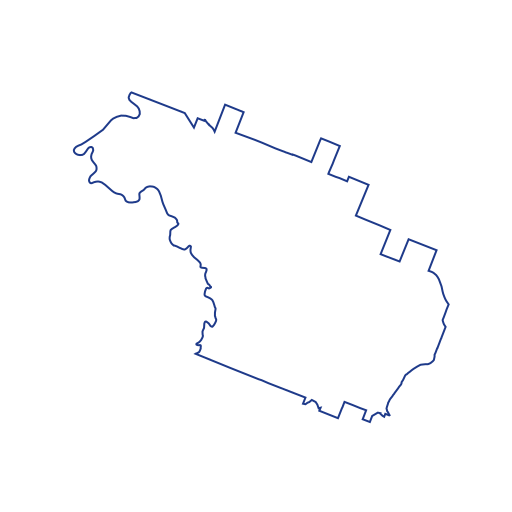 the district of Maitland, New South Wales, Australia, rotated 192°
{"feature_id": "25037944B62637049608158", "entity_name": "Maitland", "entity_type": "district", "adm_level": 2, "iso_a3": "AUS", "parent_name": "Australia", "parent_adm1": "New South Wales", "projection": "robinson", "projection_center": [151.583, -32.708], "detail": "fine", "context": "isolated", "style": "outline", "palette": "blue", "viewbox_px": 512, "rotation_deg": 192, "n_neighbors": 0, "source": "geoboundaries", "source_scale": "gbopen_adm2", "svg_char_len": 6013}
<svg xmlns="http://www.w3.org/2000/svg" viewBox="0 0 512 512"><g transform="rotate(192 256 256)"><path d="M298.0,394.1L317.7,397.6L322.3,369.0L323.5,370.6L324.5,371.6L325.3,372.3L328.3,374.0L329.3,374.8L329.4,374.6L332.9,377.3L334.0,378.5L334.4,378.5L334.6,378.5L334.8,377.5L341.7,378.6L343.4,368.7L355.4,381.0L372.0,383.7L411.8,390.1L412.5,389.3L413.2,387.3L413.5,384.9L413.4,384.2L412.3,382.4L410.1,380.9L406.7,379.3L403.3,377.6L401.3,375.8L399.9,373.4L399.2,370.7L399.9,368.1L401.6,366.1L402.4,366.0L404.5,365.3L407.8,365.8L412.4,366.1L417.1,365.3L421.1,363.2L424.3,360.7L426.0,358.6L429.7,351.8L431.9,347.7L439.2,339.7L446.4,332.2L450.0,328.8L452.7,327.0L454.6,325.4L455.8,323.5L456.2,321.7L455.7,320.4L455.3,319.8L454.3,319.0L452.8,318.3L451.2,318.0L449.2,318.1L446.9,318.8L445.4,320.1L444.1,322.7L442.7,326.1L442.0,327.2L441.1,327.9L440.1,328.3L439.4,328.4L438.2,327.8L437.6,326.7L437.2,325.4L437.4,323.9L438.0,321.5L438.0,319.2L437.5,317.4L436.5,315.7L434.5,313.9L432.5,312.3L431.2,311.1L430.6,310.0L430.2,308.7L430.1,308.1L430.0,307.4L430.1,306.4L430.3,305.7L430.6,305.1L431.5,303.7L433.0,301.6L433.6,300.9L434.5,299.5L434.9,297.9L435.1,296.7L435.1,295.9L435.1,295.5L434.9,294.8L434.4,293.9L433.3,293.0L432.6,292.9L431.8,293.1L429.5,294.7L428.9,294.9L428.2,295.3L426.8,295.8L425.6,296.1L424.4,296.1L422.2,295.9L418.2,294.2L410.2,289.7L408.2,288.8L405.9,288.2L404.5,288.1L401.2,288.2L399.5,287.7L398.2,287.0L396.9,285.9L396.2,284.8L395.4,283.6L395.0,283.0L393.8,282.4L393.0,282.2L391.5,282.0L389.1,282.4L387.6,282.8L386.5,283.3L385.1,283.7L383.6,284.6L383.1,284.9L382.7,285.3L382.1,286.3L381.8,287.1L381.8,287.7L382.1,289.3L383.0,292.3L383.0,292.8L383.0,293.2L382.6,294.0L381.7,295.2L379.7,297.1L379.0,298.2L378.5,299.1L378.2,299.7L376.7,301.0L374.8,301.9L374.1,302.1L371.8,302.4L370.3,302.4L369.2,302.1L368.6,301.9L366.7,301.1L365.8,300.5L364.8,299.6L364.1,298.8L362.6,296.6L361.6,295.1L358.8,289.6L357.4,287.3L353.9,282.4L351.8,279.3L350.6,278.2L349.6,277.7L348.3,277.5L347.1,277.4L344.9,277.0L343.5,276.7L342.9,276.4L341.4,275.3L341.0,274.9L340.6,274.4L340.4,273.8L340.1,272.9L340.0,272.5L339.3,271.9L338.8,271.7L338.7,271.6L338.6,271.2L339.0,270.0L339.2,269.6L341.0,267.6L341.9,266.9L344.0,264.9L344.2,264.5L344.5,264.2L344.8,263.8L344.9,263.3L344.9,262.2L344.4,259.3L344.3,258.2L344.4,256.9L344.2,255.6L344.0,254.7L343.7,254.0L342.8,252.6L342.1,251.7L341.4,250.9L340.6,250.3L339.8,249.8L338.7,249.2L338.4,249.1L338.0,249.3L335.3,248.9L332.4,248.1L331.1,247.9L329.6,247.5L327.7,247.4L327.2,247.5L326.7,247.8L325.5,249.0L324.4,250.7L324.0,251.4L323.6,251.9L323.2,252.2L323.0,252.3L322.4,252.2L321.9,251.9L321.7,251.8L321.6,251.5L321.4,248.6L321.2,247.6L320.7,246.1L320.1,245.2L318.8,243.8L316.3,241.9L312.6,240.0L311.0,239.0L309.4,237.9L309.0,237.4L308.4,236.4L308.3,235.9L308.2,235.5L308.2,234.3L307.9,233.6L307.2,233.3L306.3,233.3L303.6,233.6L303.1,233.6L302.7,233.6L302.4,233.4L301.9,233.2L301.7,233.0L301.5,232.4L301.4,231.7L301.6,229.9L301.9,228.5L301.9,227.7L301.8,226.7L301.5,225.6L301.1,224.9L300.7,223.6L298.9,221.0L297.3,218.8L295.9,218.2L295.5,217.9L294.7,217.0L293.8,216.5L293.6,216.4L293.5,216.0L293.7,215.7L294.8,214.7L295.3,214.5L295.6,214.6L296.9,214.8L297.2,214.7L297.5,214.5L298.0,213.9L298.2,212.8L298.5,210.7L298.4,208.2L298.3,207.6L298.1,207.1L297.7,206.6L296.8,206.1L294.1,205.6L292.7,205.2L291.9,205.0L290.2,204.2L289.5,203.7L288.2,202.1L286.4,199.0L285.7,197.6L285.2,197.0L284.7,196.4L284.5,195.2L284.4,192.2L283.7,188.8L283.1,187.9L282.8,187.1L281.9,185.9L281.7,185.5L281.6,184.6L281.6,184.1L282.0,182.2L282.7,180.0L283.4,178.7L283.8,178.0L284.1,177.7L284.4,177.7L285.1,177.8L285.9,178.1L286.4,178.5L287.1,179.2L288.3,180.3L290.9,181.5L291.3,181.5L291.7,181.4L292.1,181.1L292.3,180.6L292.4,180.1L292.5,179.1L291.9,175.2L291.9,174.5L292.5,172.1L292.6,170.8L292.5,170.4L291.8,167.8L291.4,167.1L291.3,166.5L291.4,165.3L291.6,164.5L292.2,162.4L293.4,160.3L294.2,159.4L295.9,157.9L296.0,157.4L295.9,157.1L295.7,156.9L294.5,156.7L293.7,156.8L292.3,157.2L291.9,157.2L291.6,157.1L291.2,156.4L291.2,155.4L290.9,154.4L290.9,153.6L291.2,151.8L291.6,150.4L291.8,150.2L292.0,149.9L293.7,148.5L294.0,148.3L294.6,148.0L294.8,147.8L258.1,141.2L227.7,136.0L224.8,135.7L217.5,134.2L178.2,127.8L179.3,121.3L176.8,121.3L175.1,123.2L173.5,124.2L171.5,126.8L167.3,125.6L165.1,123.4L163.1,120.1L161.3,121.0L161.9,117.8L142.1,114.4L140.3,125.0L140.0,125.9L139.9,126.7L139.1,131.7L130.4,130.3L122.6,128.9L116.2,128.0L117.7,118.5L110.1,117.3L109.1,123.7L104.3,128.1L103.6,128.1L102.0,128.1L102.1,127.9L99.0,126.0L97.2,125.4L96.7,128.5L92.6,127.8L92.3,128.1L92.8,128.6L94.4,130.6L95.5,131.6L96.1,133.0L96.6,133.8L96.6,135.3L96.2,139.0L96.2,139.7L96.2,140.1L95.8,141.1L95.3,143.3L94.9,144.3L93.4,147.3L93.1,148.3L92.2,150.0L91.9,150.9L89.5,156.1L88.8,157.9L87.5,160.3L87.2,161.5L87.3,162.3L87.3,163.0L86.4,165.2L85.9,167.3L85.3,169.9L85.1,170.4L84.7,171.1L84.0,171.6L83.4,172.4L82.8,173.3L81.4,174.8L80.1,176.5L78.5,178.3L75.4,181.3L73.2,183.2L72.6,183.7L72.0,184.0L67.8,185.4L65.9,185.8L65.4,185.9L64.0,186.8L63.0,187.6L62.6,188.1L61.2,189.8L60.6,190.9L60.4,191.3L60.4,194.7L60.8,196.6L60.3,198.7L59.6,203.4L59.4,203.5L59.2,204.9L58.5,209.4L58.2,211.5L57.8,213.8L57.6,214.3L57.6,214.9L57.3,216.8L55.8,226.1L57.9,228.2L58.7,229.4L59.6,231.0L60.0,231.8L60.1,232.4L59.6,235.2L58.8,240.6L58.5,243.2L57.5,248.7L59.8,250.9L60.7,251.8L61.8,253.1L63.1,254.9L65.0,257.9L66.2,260.3L67.6,263.5L68.2,264.8L68.8,265.8L71.4,269.9L72.3,271.3L74.0,273.2L75.8,274.8L77.7,275.8L78.6,276.3L80.0,276.8L81.0,277.0L82.2,277.2L84.1,277.4L80.6,299.2L110.2,304.1L114.4,280.5L129.2,282.8L134.5,283.7L130.0,309.4L141.6,311.7L156.8,314.4L166.7,316.3L160.7,349.0L181.6,352.8L182.4,348.0L190.6,349.6L194.4,350.0L202.3,351.4L202.0,353.4L200.4,361.2L200.3,361.5L199.6,366.0L196.9,381.0L208.6,383.2L216.8,384.6L217.3,382.5L221.4,359.4L238.3,362.5L241.3,362.9L241.4,362.6L246.8,363.4L248.2,363.5L250.1,363.9L251.7,364.1L259.5,365.3L273.8,368.1L281.4,369.4L301.6,372.3L298.0,394.1Z" fill="none" stroke="#1e3a8a" stroke-width="2"/></g></svg>